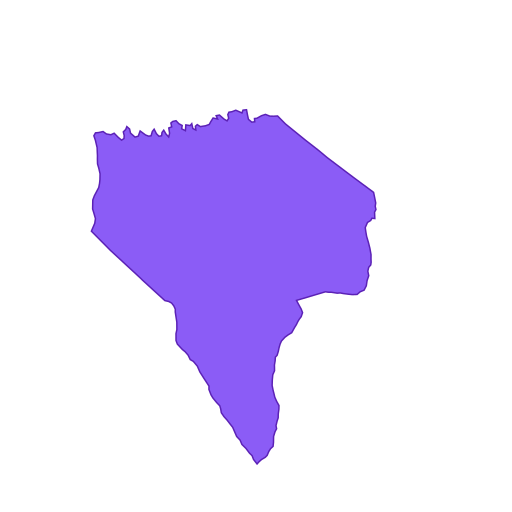 outline of Tuneiras do Oeste, Paraná, Brazil, rotated 152°
{"feature_id": "56859067B31393731178393", "entity_name": "Tuneiras do Oeste", "entity_type": "district", "adm_level": 2, "iso_a3": "BRA", "parent_name": "Brazil", "parent_adm1": "Paraná", "projection": "equal_earth", "projection_center": [-52.836, -23.86], "detail": "fine", "context": "isolated", "style": "filled", "palette": "violet", "viewbox_px": 512, "rotation_deg": 152, "n_neighbors": 0, "source": "geoboundaries", "source_scale": "gbopen_adm2", "svg_char_len": 2865}
<svg xmlns="http://www.w3.org/2000/svg" viewBox="0 0 512 512"><g transform="rotate(152 256 256)"><path d="M381.9,329.3L368.5,291.0L367.5,287.8L357.4,259.4L354.5,256.9L352.6,254.1L352.0,250.6L352.2,247.0L353.6,244.4L357.0,234.7L360.4,228.2L363.1,225.0L366.3,218.9L366.8,215.1L364.9,208.0L363.5,204.7L362.5,200.3L362.7,195.4L360.8,192.4L359.5,186.3L360.0,180.0L359.4,172.4L358.9,166.8L358.6,163.2L360.2,160.3L360.9,154.5L360.7,150.8L359.5,144.9L358.3,140.7L359.0,137.4L360.2,133.9L359.7,129.3L358.6,124.9L357.8,120.1L357.0,115.7L357.8,105.7L356.5,100.9L356.9,96.2L355.2,90.8L354.3,85.0L353.2,81.6L353.7,77.5L352.7,71.9L349.9,72.9L346.7,73.7L342.4,73.9L339.8,74.7L336.6,77.3L333.7,79.0L330.3,79.9L328.0,83.3L325.2,88.4L321.6,92.0L318.9,93.8L318.0,96.8L315.0,100.2L312.4,102.7L310.5,106.1L307.7,110.0L305.9,113.2L306.0,117.9L305.7,122.5L304.8,125.9L303.9,129.6L302.5,134.2L299.6,139.2L296.9,143.3L293.5,146.0L292.2,148.5L290.9,151.1L288.3,154.5L286.4,157.6L284.0,158.4L281.1,161.3L278.7,164.2L276.1,166.9L273.4,169.0L268.6,170.7L264.5,171.3L260.5,171.5L255.6,174.7L252.5,176.5L249.9,178.4L247.6,179.8L244.6,181.2L241.5,184.1L241.0,187.9L241.1,193.2L241.1,197.8L211.5,191.8L209.2,190.1L206.6,188.7L201.8,185.1L198.9,183.8L196.6,181.9L192.5,179.0L189.1,176.7L184.8,174.6L180.8,175.5L176.6,175.1L172.6,177.9L169.5,182.1L165.7,185.7L164.4,190.1L161.8,193.1L158.9,194.2L157.3,196.4L155.9,199.3L153.8,203.2L151.8,209.4L150.4,215.1L149.1,221.4L147.7,225.7L146.2,229.8L141.8,233.3L138.1,233.5L135.9,234.9L133.5,233.3L130.7,239.1L128.3,240.7L127.4,243.9L125.4,246.6L123.7,252.2L122.3,257.0L133.0,279.5L137.2,288.5L147.0,309.6L151.1,319.7L157.8,334.7L168.0,358.8L171.2,369.5L174.7,371.1L178.1,373.0L181.2,376.6L185.3,377.3L190.6,377.2L192.8,378.1L194.1,375.1L196.9,376.2L198.5,380.2L197.3,384.5L195.7,389.6L199.0,390.9L201.2,388.9L205.4,394.2L209.5,394.7L212.4,395.7L214.5,394.1L215.5,390.4L218.1,388.9L219.9,391.8L222.1,397.6L225.3,398.6L225.6,395.0L229.1,398.0L233.1,395.7L235.5,394.1L239.5,394.7L244.4,396.4L246.2,399.6L248.6,399.0L250.0,395.5L251.9,398.2L250.6,403.0L252.9,402.1L256.4,404.7L259.5,399.8L261.9,403.2L259.9,405.9L262.0,409.0L263.1,413.0L266.4,413.9L268.7,413.4L269.8,409.6L272.9,410.0L274.7,404.9L277.2,402.1L278.2,405.9L278.4,410.4L281.0,409.2L282.9,406.5L285.5,407.3L286.5,410.8L286.4,415.8L289.1,414.6L292.2,411.4L294.5,412.2L296.7,414.7L299.6,420.8L303.7,417.1L307.0,417.8L309.1,423.4L308.0,427.5L309.3,430.9L311.6,428.9L314.9,427.9L315.8,424.3L317.4,421.7L320.3,421.4L322.0,425.6L323.6,431.0L327.2,431.2L330.8,434.0L332.6,437.7L337.0,438.9L339.9,440.1L342.7,438.3L343.5,433.5L345.4,426.3L347.3,422.4L348.8,419.2L350.6,415.9L352.7,411.7L353.6,407.3L355.1,401.8L358.0,396.6L360.1,393.5L362.7,390.3L370.4,385.1L373.8,382.1L378.2,374.2L378.9,370.5L380.2,364.4L383.0,360.6L389.7,355.2L381.9,329.3Z" fill="#8b5cf6" stroke="#5b21b6" stroke-width="1.5"/></g></svg>